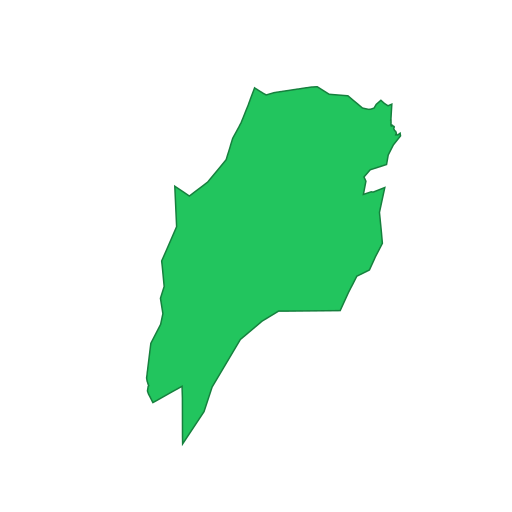 Skjåk nor, Oppland, Norway, rotated 120°
{"feature_id": "86288312B35215540023018", "entity_name": "Skjåk nor", "entity_type": "district", "adm_level": 2, "iso_a3": "NOR", "parent_name": "Norway", "parent_adm1": "Oppland", "projection": "natural_earth1", "projection_center": [7.74, 61.934], "detail": "fine", "context": "isolated", "style": "filled", "palette": "green", "viewbox_px": 512, "rotation_deg": 120, "n_neighbors": 0, "source": "geoboundaries", "source_scale": "gbopen_adm2", "svg_char_len": 3426}
<svg xmlns="http://www.w3.org/2000/svg" viewBox="0 0 512 512"><g transform="rotate(120 256 256)"><path d="M79.7,190.9L77.6,192.6L80.2,193.7L80.5,194.2L80.9,195.1L81.2,195.6L80.8,195.7L79.8,195.6L79.6,195.8L79.1,196.3L78.7,196.8L78.4,197.1L78.2,197.3L78.2,197.7L78.1,198.1L78.1,198.5L77.9,198.9L77.6,199.3L76.9,200.4L76.6,200.5L76.3,200.6L75.9,200.7L75.4,200.7L75.1,200.8L74.9,201.1L74.8,201.4L74.9,201.6L75.0,202.0L74.9,202.1L74.9,202.3L74.9,202.6L74.7,202.8L74.6,203.0L74.6,203.4L75.0,203.5L75.3,203.6L75.8,203.8L75.6,204.1L75.4,204.3L75.0,204.6L74.8,204.8L74.5,204.7L74.2,205.0L73.8,205.3L73.7,205.5L73.2,205.7L72.8,205.8L72.7,205.9L72.5,206.0L72.3,206.1L72.2,206.2L71.9,206.4L71.8,206.5L71.5,206.7L71.0,206.9L70.8,207.0L70.9,207.3L70.6,207.4L70.4,207.5L70.0,207.6L69.8,207.7L56.6,214.3L59.9,216.8L59.8,219.0L59.7,220.4L59.6,221.5L58.7,225.7L64.6,227.7L68.8,227.7L70.9,229.5L71.8,230.4L72.8,232.0L74.6,237.7L74.6,238.0L74.2,240.1L73.7,243.0L73.6,243.4L72.5,250.0L71.3,256.5L77.8,270.2L79.4,273.6L79.3,274.7L78.8,287.6L79.5,288.7L80.0,289.5L80.6,290.3L81.1,291.1L81.6,291.9L82.2,292.8L82.5,293.1L83.4,294.3L84.1,295.1L84.7,295.9L85.1,296.5L85.9,297.5L86.6,298.3L87.2,299.1L87.9,300.0L88.5,300.7L89.3,301.7L90.3,302.9L90.8,303.7L91.5,304.5L92.1,305.2L92.7,306.0L93.3,306.8L94.0,307.6L94.6,308.4L95.3,309.2L95.9,310.0L96.4,310.6L96.5,310.7L97.1,311.5L97.8,312.4L99.1,314.0L100.1,315.3L100.9,316.2L101.5,317.1L102.1,317.8L102.8,318.6L104.0,320.2L104.4,320.6L104.7,321.0L105.3,321.8L105.6,322.1L106.1,322.6L107.5,323.9L108.4,324.8L109.8,326.1L110.7,327.0L111.4,327.7L111.5,328.5L111.4,328.8L111.5,330.3L111.5,331.2L111.5,332.1L111.4,332.8L111.4,333.9L111.4,334.9L111.3,336.6L111.3,337.4L111.2,338.7L111.2,339.7L111.2,340.1L111.1,341.3L112.1,341.1L113.9,340.8L116.4,340.4L118.9,340.0L120.7,339.7L123.2,339.3L124.5,339.0L127.2,338.6L128.5,338.3L129.8,338.1L131.4,337.9L135.1,337.4L137.8,337.0L138.9,336.8L140.6,336.6L141.8,336.4L143.2,336.2L144.8,336.0L147.0,335.7L148.0,335.5L148.7,335.5L150.1,335.5L152.9,335.3L154.9,335.3L157.8,335.2L163.1,335.1L165.8,335.0L170.2,334.0L172.9,333.4L173.5,333.2L176.4,332.5L177.8,332.2L178.3,332.1L178.5,332.0L182.4,331.2L187.5,330.0L200.2,332.1L211.8,334.1L216.1,334.8L216.4,334.9L217.3,335.3L222.2,337.3L230.4,340.8L236.7,343.4L237.4,343.7L236.8,351.5L236.2,361.2L270.3,339.4L296.4,336.4L307.5,335.2L311.7,332.1L328.0,320.5L328.2,320.3L340.4,317.6L352.5,307.8L362.9,304.4L384.2,303.4L407.3,293.6L409.1,292.8L410.9,292.1L413.3,291.0L414.8,290.4L415.8,290.0L416.3,289.8L418.7,287.8L418.7,287.7L419.0,287.5L419.4,287.0L420.5,285.8L420.7,285.7L420.8,285.5L420.8,285.4L421.2,285.1L421.6,284.6L421.8,284.4L421.8,284.2L422.0,284.0L423.1,284.1L423.8,283.8L424.6,283.5L427.0,282.6L427.3,282.3L427.8,281.9L428.1,281.4L428.4,281.0L428.7,280.7L429.0,280.5L429.1,280.3L429.2,280.2L430.1,278.8L430.4,278.3L430.7,277.8L431.1,277.2L434.2,272.5L434.5,272.0L431.4,270.1L416.1,261.1L405.8,254.9L416.0,248.6L449.6,229.1L455.4,225.6L416.8,223.2L391.4,228.5L336.1,227.8L309.2,218.1L293.2,209.3L292.5,209.0L289.1,203.1L261.2,155.8L241.2,157.7L235.5,158.0L234.2,158.0L233.1,158.1L231.8,158.1L230.5,158.2L223.1,158.6L211.4,150.8L199.8,151.9L197.2,152.2L189.9,152.5L181.8,152.9L176.4,156.7L173.8,158.5L156.5,170.9L132.3,178.7L142.1,186.5L142.8,188.3L149.0,193.8L136.3,198.2L135.2,199.7L133.6,202.0L124.2,200.2L111.5,188.7L102.4,192.0L91.2,192.6L79.7,190.9Z" fill="#22c55e" stroke="#15803d" stroke-width="1.5"/></g></svg>